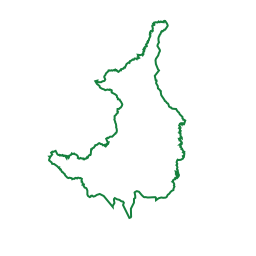 São João d'Aliança, Goiás, Brazil (Albers equal-area conic projection), rotated 331°
{"feature_id": "56859067B77491751884475", "entity_name": "São João d'Aliança", "entity_type": "district", "adm_level": 2, "iso_a3": "BRA", "parent_name": "Brazil", "parent_adm1": "Goiás", "projection": "albers", "projection_center": [-47.424, -14.432], "detail": "fine", "context": "isolated", "style": "outline", "palette": "green", "viewbox_px": 256, "rotation_deg": 331, "n_neighbors": 0, "source": "geoboundaries", "source_scale": "gbopen_adm2", "svg_char_len": 5864}
<svg xmlns="http://www.w3.org/2000/svg" viewBox="0 0 256 256"><g transform="rotate(331 128 128)"><path d="M117.5,204.7L120.8,204.3L123.4,204.9L124.9,206.1L127.1,207.1L128.3,207.1L130.4,205.7L132.2,205.5L134.1,204.6L135.7,204.2L137.6,204.3L138.5,203.0L140.3,201.7L140.2,200.6L141.0,199.9L141.3,199.2L141.3,197.3L140.8,196.5L141.6,196.3L141.9,195.6L143.8,195.3L144.5,195.7L145.2,194.5L145.8,194.7L146.6,195.6L147.5,195.3L147.5,193.7L148.8,194.7L149.4,194.4L149.8,193.6L148.9,192.3L147.8,191.9L147.6,191.3L149.0,190.3L148.4,190.0L148.6,189.2L149.3,189.9L149.6,191.0L150.2,191.4L150.6,189.8L151.1,189.0L150.8,188.2L151.0,187.4L152.1,186.5L152.6,184.4L152.4,183.9L153.7,183.3L153.9,181.5L155.3,180.2L156.1,179.8L156.5,180.4L158.7,181.4L161.2,181.4L162.1,180.7L162.2,180.0L162.8,180.4L163.3,179.8L162.9,179.1L163.9,179.0L164.7,178.0L165.1,177.2L164.6,176.8L164.3,176.0L165.5,175.8L165.1,175.1L165.1,173.1L164.6,172.5L165.2,172.1L164.6,170.0L165.2,169.8L165.1,169.1L165.7,168.5L166.3,168.3L165.1,167.6L166.4,167.3L167.4,167.6L168.1,166.7L167.7,165.6L168.0,164.5L167.8,163.5L167.1,163.6L167.3,162.2L167.8,162.5L168.8,162.0L169.2,162.5L169.8,162.4L170.1,163.0L170.4,162.3L170.1,160.3L171.0,158.7L170.6,157.5L171.2,157.7L171.2,157.0L172.0,156.8L172.5,156.2L171.7,155.8L172.6,155.0L172.7,154.2L173.7,153.6L172.8,152.8L174.2,152.0L174.0,150.5L175.0,150.0L175.4,149.5L176.8,149.5L177.3,149.9L176.6,150.5L176.8,151.2L177.3,150.7L178.3,151.6L178.7,151.0L179.1,151.6L181.7,149.2L181.1,148.1L180.4,147.7L180.6,147.1L180.3,146.0L181.0,144.7L179.9,141.1L180.1,139.2L179.7,138.6L179.3,136.6L179.3,134.7L176.4,132.8L175.7,132.0L175.7,131.1L175.1,130.6L174.3,129.1L174.8,127.0L174.8,126.0L174.2,125.1L173.9,123.1L173.3,122.1L173.5,121.2L173.0,115.5L173.8,113.0L174.6,111.7L174.2,111.1L174.2,109.8L173.4,107.9L174.4,105.7L174.3,102.5L175.0,101.4L175.8,100.9L176.0,100.1L175.4,99.6L176.7,95.4L183.0,92.7L182.7,91.2L183.4,85.6L184.9,82.1L186.0,81.0L189.6,79.2L191.3,77.5L193.3,76.1L193.7,74.9L193.5,70.5L194.5,69.4L196.7,68.0L196.9,66.7L198.1,64.3L199.6,62.8L200.3,62.6L201.1,61.7L202.0,61.5L203.8,59.9L204.7,60.2L205.0,59.7L205.7,60.1L206.3,60.1L207.4,59.6L208.2,60.0L212.1,58.0L212.5,57.4L212.7,55.4L212.4,52.4L211.7,51.9L210.9,51.9L210.5,52.8L208.7,51.5L208.4,50.8L207.1,50.9L206.5,50.5L206.4,49.7L204.9,50.0L203.5,48.9L201.9,48.5L201.3,50.0L200.5,49.3L200.3,50.5L199.0,50.2L198.6,50.6L198.1,52.8L197.1,54.0L196.9,54.9L196.3,54.7L195.8,55.2L194.9,54.3L193.5,55.2L193.1,55.7L193.4,56.5L192.2,57.1L192.4,57.9L192.0,58.6L189.9,60.0L188.6,61.5L187.8,61.4L187.1,62.6L186.5,62.4L186.4,63.1L184.9,63.4L184.2,63.8L184.4,64.7L184.1,65.6L183.4,65.6L182.6,65.2L181.3,65.7L181.3,66.4L180.7,66.1L179.7,66.7L180.3,67.3L178.9,68.3L179.3,68.7L177.3,69.9L177.4,70.8L176.1,71.5L175.9,70.5L174.3,70.3L172.2,68.8L172.2,69.5L171.6,69.8L172.0,70.3L171.2,71.1L171.6,72.1L170.8,72.1L169.7,71.5L169.1,72.0L168.8,71.3L167.4,70.4L166.1,71.1L165.2,70.3L163.5,70.7L162.3,70.4L160.9,71.7L160.5,71.0L157.8,71.3L154.6,73.7L154.2,73.2L153.3,73.4L152.8,73.9L150.4,73.2L150.0,73.5L149.8,74.1L149.1,73.7L146.9,74.3L146.5,73.8L146.3,72.8L145.7,72.3L145.9,71.7L144.6,71.3L144.9,70.7L142.0,70.2L141.7,69.6L140.0,69.1L139.6,68.5L138.9,68.2L138.2,68.8L135.1,69.6L134.2,70.5L132.4,71.3L131.9,71.9L131.7,74.4L130.6,75.2L129.9,75.3L128.3,74.8L126.7,74.9L124.6,73.8L123.8,73.0L123.8,72.2L124.2,71.7L122.1,71.2L122.2,74.4L123.5,77.4L123.1,78.9L124.2,80.9L125.9,82.8L126.4,83.9L128.7,84.4L130.1,85.7L130.8,85.5L132.0,87.0L131.8,87.8L131.1,88.3L131.0,89.2L133.0,92.1L133.9,94.2L133.3,95.8L133.6,97.3L133.1,98.0L134.5,99.1L134.3,100.2L134.6,101.4L134.5,104.5L133.6,105.5L131.7,106.6L130.5,106.6L129.6,107.0L128.1,106.3L126.8,108.3L127.1,109.0L126.0,110.0L125.2,109.9L123.8,110.7L122.0,111.1L120.8,113.5L120.2,113.9L119.8,116.5L119.5,117.0L119.4,118.6L118.6,120.8L118.0,121.4L117.7,123.2L116.9,125.1L115.7,126.4L114.7,126.4L114.3,126.9L113.5,126.9L110.0,127.9L108.1,126.9L105.8,127.2L105.3,126.6L103.7,126.8L103.3,130.7L104.1,131.1L102.8,132.3L101.9,132.2L101.6,131.7L100.7,132.1L101.0,132.7L99.5,133.3L99.1,132.6L99.5,131.4L97.7,131.0L97.4,129.5L96.2,128.7L95.8,127.5L94.9,127.2L93.0,127.7L91.0,127.2L90.6,127.8L89.8,127.9L88.8,128.6L86.8,128.5L86.0,129.2L85.4,128.8L82.7,132.9L82.0,133.4L81.5,133.0L80.7,133.0L79.5,133.5L78.5,134.5L77.6,134.5L77.6,133.9L76.6,134.4L75.7,134.1L74.6,134.3L73.9,133.8L74.2,133.0L72.3,131.9L72.0,131.2L70.5,131.2L69.9,130.6L69.6,129.9L70.1,129.6L70.4,128.0L69.9,126.4L68.7,125.0L68.5,124.2L67.2,124.1L66.7,123.7L66.5,123.0L64.9,123.9L63.1,123.7L62.1,125.0L61.6,125.3L61.5,123.4L61.1,123.0L59.7,124.6L59.6,122.7L59.9,122.0L59.3,121.4L58.2,121.4L57.8,121.1L58.0,120.4L57.7,119.8L56.1,119.7L55.8,119.0L55.0,118.9L55.0,118.2L54.1,117.9L53.7,117.3L53.5,116.7L53.6,112.9L50.9,112.6L50.4,112.0L48.8,112.3L48.9,114.4L46.5,115.4L45.4,114.9L45.6,115.9L43.8,117.3L43.3,118.1L44.5,121.1L44.3,122.6L45.9,123.6L47.5,127.0L48.0,128.9L48.7,129.1L48.2,129.8L48.9,130.9L48.5,131.4L49.1,132.0L48.9,134.3L49.5,134.9L49.8,136.6L50.3,137.3L50.1,139.0L50.9,142.0L51.6,142.9L52.7,143.1L54.2,144.4L54.5,144.9L54.4,145.7L55.1,145.7L56.6,146.5L57.5,146.1L58.2,146.3L59.0,147.4L59.6,147.1L60.5,147.4L61.4,148.5L62.2,148.7L63.0,150.1L61.8,151.5L61.9,152.3L61.4,152.6L61.7,153.1L61.6,153.9L61.5,154.8L61.0,155.4L61.7,155.5L62.1,156.0L61.1,157.0L61.2,159.1L62.2,160.1L62.4,160.7L62.1,163.1L60.2,166.5L60.1,168.0L61.0,169.9L61.9,170.0L62.8,169.4L63.8,169.7L64.5,171.2L66.0,171.6L68.3,171.4L71.3,172.0L73.8,175.7L76.4,189.6L76.8,188.8L79.8,187.0L80.8,184.1L81.4,183.3L82.5,182.9L83.8,185.0L85.7,186.7L86.6,188.8L88.0,190.0L88.1,191.4L86.3,193.0L85.6,207.3L87.0,207.5L87.7,207.1L91.4,200.0L97.0,196.2L98.9,192.9L100.5,192.6L101.5,190.7L102.5,187.6L103.2,187.4L105.1,187.5L106.7,189.1L107.5,193.4L108.3,195.9L108.8,196.5L109.9,197.0L111.6,198.4L118.3,201.7L118.6,202.4L117.5,204.7Z" fill="none" stroke="#15803d" stroke-width="2"/></g></svg>